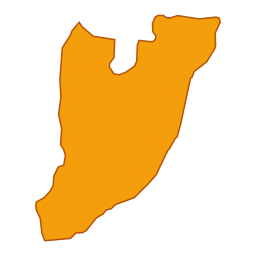 outline of San Miguel Panán, Suchitepéquez, Guatemala
{"feature_id": "79465075B30152308361282", "entity_name": "San Miguel Panán", "entity_type": "district", "adm_level": 2, "iso_a3": "GTM", "parent_name": "Guatemala", "parent_adm1": "Suchitepéquez", "projection": "natural_earth1", "projection_center": [-91.36, 14.503], "detail": "fine", "context": "isolated", "style": "filled", "palette": "amber", "viewbox_px": 256, "rotation_deg": 0, "n_neighbors": 0, "source": "geoboundaries", "source_scale": "gbopen_adm2", "svg_char_len": 994}
<svg xmlns="http://www.w3.org/2000/svg" viewBox="0 0 256 256"><path d="M79.2,22.3L71.8,31.1L70.5,35.1L62.3,47.8L59.9,79.8L60.9,97.5L58.6,114.2L61.7,128.9L60.5,144.4L63.8,150.0L65.4,155.7L63.7,165.2L58.2,167.0L53.8,176.2L53.2,185.0L50.6,190.5L44.5,197.4L36.3,202.0L35.8,205.4L36.3,209.9L40.2,218.3L41.9,233.2L44.7,240.6L49.9,240.3L70.5,238.4L76.0,233.0L83.0,232.5L86.4,230.4L96.5,217.8L103.2,213.9L106.1,210.0L111.3,208.7L115.4,204.6L134.3,197.6L148.3,183.7L156.3,174.7L159.7,167.2L167.8,150.5L169.5,148.7L175.1,138.6L177.1,137.0L180.4,125.1L190.6,78.0L192.2,76.9L194.1,71.6L206.6,61.9L214.7,48.9L215.6,45.6L215.2,33.1L220.2,22.2L219.1,18.0L216.3,17.1L199.1,18.9L177.5,15.6L170.1,18.0L165.5,17.3L163.7,15.5L158.2,15.4L155.0,17.3L152.4,23.8L152.9,31.8L155.9,35.9L155.4,39.4L152.3,41.9L138.9,40.4L137.3,45.4L136.8,60.6L134.8,65.9L125.7,72.3L119.3,74.8L114.0,73.9L109.3,67.0L109.7,63.4L114.0,57.4L114.7,39.6L93.3,36.3L82.0,26.6L79.2,22.3Z" fill="#f59e0b" stroke="#b45309" stroke-width="1.5"/></svg>